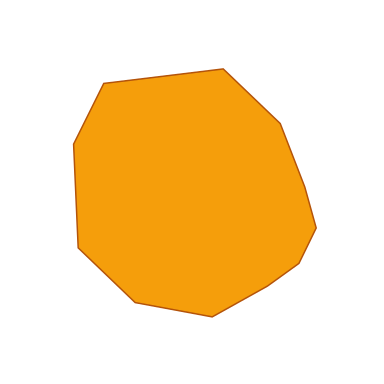 the district of Kumho, Hamgyŏng-namdo, North Korea, rotated 296°
{"feature_id": "82179303B22742196001734", "entity_name": "Kumho", "entity_type": "district", "adm_level": 2, "iso_a3": "PRK", "parent_name": "North Korea", "parent_adm1": "Hamgyŏng-namdo", "projection": "orthographic", "projection_center": [128.38, 40.117], "detail": "fine", "context": "isolated", "style": "filled", "palette": "amber", "viewbox_px": 384, "rotation_deg": 296, "n_neighbors": 0, "source": "geoboundaries", "source_scale": "gbopen_adm2", "svg_char_len": 310}
<svg xmlns="http://www.w3.org/2000/svg" viewBox="0 0 384 384"><g transform="rotate(296 192 192)"><path d="M214.1,319.4L245.9,291.2L292.2,241.3L316.3,166.1L250.9,65.1L183.1,64.6L91.9,114.2L67.7,189.4L88.6,264.9L140.6,301.1L174.7,319.4L214.1,319.4Z" fill="#f59e0b" stroke="#b45309" stroke-width="1.5"/></g></svg>